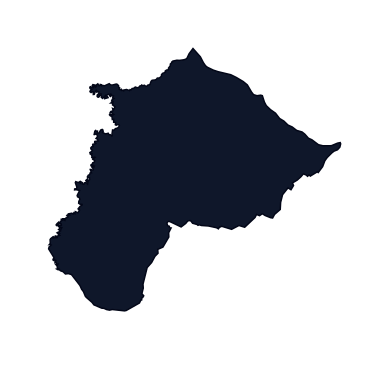 outline of Ban Thaen, Chaiyaphum, Thailand, rotated 287°
{"feature_id": "78962969B48831916769837", "entity_name": "Ban Thaen", "entity_type": "district", "adm_level": 2, "iso_a3": "THA", "parent_name": "Thailand", "parent_adm1": "Chaiyaphum", "projection": "albers", "projection_center": [102.355, 16.36], "detail": "fine", "context": "isolated", "style": "filled", "palette": "ink", "viewbox_px": 384, "rotation_deg": 287, "n_neighbors": 0, "source": "geoboundaries", "source_scale": "gbopen_adm2", "svg_char_len": 5801}
<svg xmlns="http://www.w3.org/2000/svg" viewBox="0 0 384 384"><g transform="rotate(287 192 192)"><path d="M329.5,151.0L323.4,148.8L318.5,148.1L317.1,147.1L315.9,145.2L314.2,141.5L313.6,139.0L311.6,135.4L310.9,135.5L310.4,134.6L309.3,134.7L308.1,133.9L306.4,134.3L303.7,133.3L302.1,133.8L301.1,131.9L299.7,131.0L299.1,131.6L298.3,131.1L296.8,129.1L295.0,128.5L293.8,129.0L291.0,127.1L291.2,126.6L290.8,125.5L289.3,125.0L288.3,123.8L287.2,121.2L285.9,120.5L282.4,120.3L281.2,118.4L279.9,117.8L279.5,117.0L280.2,115.3L279.3,113.8L279.6,112.6L278.8,112.3L278.1,111.1L276.3,110.4L275.6,108.8L275.9,107.4L275.1,106.4L274.0,106.0L273.5,104.5L271.8,103.8L271.8,102.8L270.7,102.6L270.9,99.4L269.4,96.7L268.1,97.4L269.2,96.2L268.5,94.9L269.5,94.4L268.8,93.6L269.0,92.3L270.4,92.4L270.6,91.3L272.2,90.7L273.1,89.1L273.1,88.0L270.8,84.2L270.7,82.6L271.4,81.2L268.0,77.3L267.8,75.2L267.1,74.7L267.3,74.0L268.1,73.9L268.0,72.8L267.0,72.9L266.4,72.0L267.9,70.3L265.9,68.9L265.1,69.7L263.9,69.1L264.4,68.1L265.9,67.8L265.7,65.8L264.5,65.5L264.0,65.9L264.1,66.9L262.9,67.2L262.6,66.1L263.0,64.0L262.4,63.7L261.6,63.9L260.9,64.8L260.6,66.2L259.0,65.1L258.1,65.1L257.6,66.4L258.9,67.6L259.0,68.3L256.4,69.1L256.8,70.0L260.5,70.2L261.3,70.7L261.1,71.3L259.7,71.8L260.7,73.1L260.6,74.0L258.6,73.9L257.0,73.0L255.6,73.4L255.2,74.2L255.4,75.0L256.4,75.5L258.3,74.9L259.1,75.7L259.1,76.6L257.6,76.6L257.1,77.6L256.0,77.6L255.4,79.2L258.4,80.8L255.8,81.3L257.7,84.2L258.6,83.2L258.9,81.5L261.1,83.4L261.2,84.1L260.0,85.0L259.5,86.1L260.1,86.4L261.4,85.4L261.9,85.6L261.8,86.3L260.6,87.3L260.8,88.8L259.0,88.6L258.6,90.0L257.4,88.7L255.6,88.5L255.4,89.9L253.4,88.4L253.9,90.4L252.1,90.5L251.0,93.4L248.3,93.1L248.6,91.7L247.1,92.6L246.3,92.5L245.3,90.9L244.4,90.6L244.5,92.0L243.3,94.6L242.7,94.1L242.5,91.6L242.8,90.7L241.7,90.5L240.9,91.8L241.0,93.3L238.0,94.6L238.6,95.9L235.8,96.7L236.2,98.7L233.9,99.0L233.7,100.0L234.3,100.4L234.9,102.2L234.4,103.1L232.9,103.0L231.3,102.0L230.2,100.2L228.4,99.4L228.1,97.9L224.3,98.5L222.5,99.3L222.1,99.0L222.9,97.1L222.5,95.9L223.7,94.7L222.3,92.4L222.7,89.1L223.8,89.4L225.3,88.6L225.6,87.8L224.5,86.5L221.5,85.9L220.7,85.2L220.7,84.4L222.6,83.8L222.1,82.7L222.7,81.9L221.8,81.3L218.4,81.6L218.5,82.2L219.4,83.0L218.9,84.6L217.2,85.4L215.1,84.6L214.8,86.3L213.5,87.4L211.9,84.2L210.9,84.4L210.3,85.8L209.5,85.0L208.8,83.3L208.0,83.2L206.5,84.2L205.9,82.9L204.5,82.3L203.5,82.9L202.8,84.5L201.3,84.1L199.9,82.8L198.5,83.7L199.2,85.2L198.0,85.0L197.2,85.9L195.8,86.0L195.4,86.8L196.8,88.4L196.8,89.2L194.2,87.7L193.7,89.8L191.9,89.8L190.9,88.5L189.8,88.5L188.2,87.4L187.7,87.7L188.5,89.7L188.3,91.1L187.1,90.9L187.2,89.6L186.6,88.9L185.1,90.9L184.3,91.0L183.7,90.2L184.1,88.8L183.8,88.1L181.0,90.2L180.6,89.1L178.4,89.0L177.9,88.0L175.9,87.5L175.0,88.1L175.8,89.7L173.8,90.5L172.7,89.7L173.6,88.0L172.0,87.1L171.2,88.1L171.4,89.5L169.0,89.8L170.0,87.7L169.2,86.3L167.9,86.4L167.6,86.0L167.9,84.9L168.9,84.3L169.5,82.0L169.1,81.7L167.9,82.5L168.3,81.3L167.8,79.6L167.9,77.8L166.8,77.7L162.8,80.6L161.4,80.5L160.6,78.9L159.7,79.1L160.3,80.4L160.6,84.1L155.1,83.2L153.9,84.0L153.7,85.8L152.3,86.9L150.0,86.5L148.1,86.9L147.6,88.4L148.0,90.6L147.6,90.8L145.6,89.2L142.6,88.0L142.1,88.5L142.8,89.2L141.5,89.8L138.8,89.0L139.1,86.1L137.0,86.4L137.6,85.1L136.1,84.8L136.6,83.3L134.9,80.1L134.3,80.0L134.1,81.1L133.4,79.4L132.8,79.2L132.8,80.5L131.9,80.8L130.1,78.9L127.6,78.8L127.8,77.5L129.1,77.7L128.5,75.9L127.3,76.2L127.5,75.0L125.7,75.3L123.9,74.1L123.9,74.8L123.2,75.0L123.3,76.3L122.0,76.8L121.1,74.2L122.3,73.8L121.7,72.8L123.3,72.8L122.3,72.2L120.8,71.7L120.3,72.3L120.7,73.8L120.0,74.5L120.0,75.3L118.9,75.8L119.9,76.6L119.9,77.9L118.3,77.6L118.1,76.1L117.1,75.4L116.4,77.6L115.2,76.6L114.0,76.7L114.4,75.7L113.5,74.9L113.0,76.4L113.2,77.3L112.3,76.8L111.8,78.1L110.3,75.8L109.1,76.5L108.5,75.2L110.0,74.8L110.0,74.2L109.0,74.4L108.7,73.6L107.7,73.5L107.4,72.8L108.5,72.7L108.7,72.3L106.1,70.5L105.0,70.2L101.4,71.5L100.2,71.0L100.6,71.7L100.1,72.9L97.7,71.4L95.7,71.5L88.9,79.2L87.8,79.2L87.1,78.7L86.2,79.2L86.1,79.9L87.1,80.1L87.1,81.4L86.7,81.8L85.7,81.4L84.5,81.6L84.9,82.7L83.8,83.3L84.0,84.9L82.8,84.7L82.7,83.2L81.8,84.6L79.8,85.6L79.6,86.5L78.8,85.2L78.5,86.5L78.9,87.8L78.2,89.3L78.1,92.0L76.6,94.9L77.8,97.6L77.8,100.9L69.8,112.2L66.7,114.9L65.0,117.3L61.1,120.5L60.3,121.8L57.2,128.7L55.4,131.2L54.5,139.7L55.0,141.8L54.6,144.7L54.9,147.7L56.3,150.1L58.6,162.2L59.4,163.7L70.5,174.2L73.8,174.7L74.0,175.4L76.3,175.0L76.7,175.7L78.6,176.2L80.1,173.8L85.8,173.5L89.5,172.1L106.6,171.2L112.7,174.0L119.7,175.4L123.5,177.4L127.1,176.0L130.8,180.3L142.2,183.0L146.2,181.6L151.4,182.5L151.2,181.9L152.0,180.4L152.5,180.3L152.3,179.9L153.0,178.3L155.1,177.0L156.5,177.6L157.2,178.4L157.1,180.5L155.4,191.8L160.1,195.2L163.1,196.4L164.1,198.4L163.9,199.5L162.3,201.7L162.4,206.5L161.9,207.4L162.8,208.7L162.7,210.7L164.3,217.6L165.0,225.9L164.5,228.0L166.9,228.7L166.9,229.5L167.9,230.3L167.9,240.8L173.7,246.7L173.7,252.7L186.0,259.7L189.4,260.3L189.1,263.5L191.8,265.6L190.9,268.7L190.4,274.6L190.7,276.7L194.7,277.5L201.1,281.5L208.0,279.8L215.9,279.4L224.0,282.6L223.1,286.0L227.9,287.2L230.0,285.4L234.1,289.1L238.4,291.7L241.9,293.2L241.6,296.3L240.8,297.9L242.6,299.0L241.8,300.5L247.9,305.9L247.5,307.0L254.4,309.5L260.7,309.9L264.5,311.2L270.3,314.3L272.6,315.9L274.9,318.8L278.1,320.3L281.5,320.1L282.6,319.3L281.3,316.9L277.0,311.7L274.5,303.7L274.2,299.1L277.0,291.4L277.5,287.6L280.3,283.0L281.6,279.7L281.5,274.1L283.5,268.8L284.1,264.2L286.7,259.1L287.9,254.3L291.8,248.8L293.7,243.0L296.3,237.8L299.1,235.0L304.7,231.1L304.7,229.4L303.1,226.0L303.1,222.4L305.0,219.7L310.6,213.6L312.6,208.7L314.5,200.9L315.5,194.8L314.7,181.8L314.8,176.8L315.8,170.2L316.7,168.0L319.0,165.1L323.7,160.5L329.5,151.0Z" fill="#0f172a" stroke="#020617" stroke-width="1.5"/></g></svg>